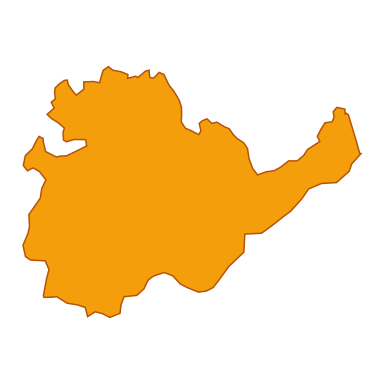 the district of Kios, Paphos, Cyprus
{"feature_id": "46923920B64078224121545", "entity_name": "Kios", "entity_type": "district", "adm_level": 2, "iso_a3": "CYP", "parent_name": "Cyprus", "parent_adm1": "Paphos", "projection": "robinson", "projection_center": [32.529, 34.971], "detail": "fine", "context": "isolated", "style": "filled", "palette": "amber", "viewbox_px": 384, "rotation_deg": 0, "n_neighbors": 0, "source": "geoboundaries", "source_scale": "gbopen_adm2", "svg_char_len": 2036}
<svg xmlns="http://www.w3.org/2000/svg" viewBox="0 0 384 384"><path d="M336.8,107.4L333.2,111.8L334.1,117.1L332.1,121.8L325.0,122.8L320.9,129.4L317.3,136.4L319.8,141.5L313.2,145.8L307.4,149.6L303.9,155.2L297.2,160.9L288.6,160.9L280.4,167.3L274.2,170.7L266.2,171.8L257.6,174.9L252.7,168.6L249.0,158.6L247.5,148.5L243.7,142.8L237.1,138.5L233.0,134.3L229.4,128.9L223.8,126.4L216.9,122.2L211.8,123.4L207.0,118.8L202.4,120.7L199.2,123.4L200.9,130.9L198.8,134.6L189.9,130.1L185.3,128.2L181.2,121.8L181.6,116.7L181.5,107.5L179.3,100.4L176.4,95.4L173.6,90.9L170.0,86.5L167.7,82.6L164.0,74.5L159.1,72.4L156.4,75.4L153.4,78.2L149.9,77.5L149.4,74.1L149.1,70.2L145.4,71.1L141.8,74.3L137.8,77.4L135.6,76.2L127.7,78.3L127.9,74.5L121.1,71.8L112.8,70.2L108.4,66.6L103.2,70.3L101.7,74.8L99.6,82.7L93.4,81.5L83.8,81.9L83.8,89.2L76.2,95.2L72.5,90.7L68.3,84.6L67.3,80.1L64.3,80.4L59.6,83.6L55.1,88.0L54.6,92.7L55.4,98.9L51.2,102.3L54.2,108.0L47.1,114.4L51.9,118.9L57.7,122.4L64.4,128.1L63.0,132.3L63.5,140.1L66.5,141.8L74.1,139.5L85.6,139.6L86.7,145.8L81.4,148.6L71.2,153.6L66.3,155.9L59.8,156.1L56.6,157.1L48.6,153.1L45.7,151.6L43.4,142.4L43.0,138.3L41.9,138.0L39.1,136.4L35.8,141.8L32.5,148.6L25.3,155.7L23.3,165.5L27.5,170.8L33.1,167.9L39.4,171.5L45.9,179.9L41.7,188.7L40.3,198.1L35.4,205.1L28.9,214.5L29.5,226.6L28.0,233.3L23.0,245.3L25.5,256.6L30.7,260.1L45.2,260.8L49.0,269.6L46.6,278.5L43.4,295.6L43.9,297.4L51.8,297.2L56.7,296.7L67.1,303.2L77.9,305.0L85.3,307.5L87.6,316.6L95.2,311.8L102.4,313.6L109.8,317.4L120.0,313.3L121.0,305.0L124.0,296.7L136.8,295.4L143.9,288.9L148.0,280.3L151.6,277.3L154.9,275.5L164.3,272.5L173.0,276.0L180.4,284.1L187.3,287.6L198.5,292.1L206.2,291.1L213.1,287.6L218.4,280.8L221.5,276.5L228.9,266.4L243.9,252.1L244.8,234.1L261.6,233.2L272.0,225.6L283.3,216.7L290.6,211.3L301.5,199.2L308.7,188.9L321.4,183.5L336.4,182.6L349.1,171.4L351.8,163.8L361.0,153.6L359.8,153.6L356.6,142.2L348.4,114.8L345.8,113.0L345.2,113.8L345.0,112.3L344.9,109.1L338.4,107.7L336.8,107.4Z" fill="#f59e0b" stroke="#b45309" stroke-width="1.5"/></svg>